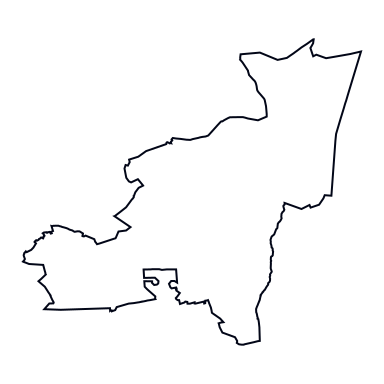 Baltinavas pag., Baltinavas, Latvia
{"feature_id": "27541924B38825642429303", "entity_name": "Baltinavas pag.", "entity_type": "district", "adm_level": 2, "iso_a3": "LVA", "parent_name": "Latvia", "parent_adm1": "Baltinavas", "projection": "orthographic", "projection_center": [27.586, 56.922], "detail": "fine", "context": "isolated", "style": "outline", "palette": "ink", "viewbox_px": 384, "rotation_deg": 0, "n_neighbors": 0, "source": "geoboundaries", "source_scale": "gbopen_adm2", "svg_char_len": 5810}
<svg xmlns="http://www.w3.org/2000/svg" viewBox="0 0 384 384"><path d="M114.5,216.2L130.5,227.1L126.1,230.5L118.5,231.5L115.9,237.6L115.5,238.3L114.1,238.7L99.2,243.6L97.0,244.2L96.0,242.7L95.8,242.4L95.2,241.8L94.3,239.2L85.6,235.6L84.0,236.4L83.7,236.3L83.2,236.3L82.5,236.1L82.4,236.0L82.7,235.6L82.7,234.5L83.0,233.9L83.0,233.5L79.6,231.4L77.3,231.3L76.4,231.5L74.7,231.8L74.4,231.7L73.4,231.2L72.5,230.5L69.5,229.6L67.9,228.7L66.4,228.1L63.6,227.3L62.2,227.0L61.1,226.5L59.4,226.1L58.7,225.8L58.1,225.7L53.2,225.8L52.2,226.2L51.9,226.1L51.5,226.0L53.0,231.0L51.0,231.9L51.7,233.3L50.8,233.6L49.6,231.9L48.9,232.0L47.1,232.8L46.8,232.2L43.9,232.5L42.9,233.2L43.2,233.4L43.8,235.0L44.0,234.9L44.5,235.8L43.2,237.1L43.5,237.6L43.1,238.4L41.5,237.6L41.1,237.5L40.8,237.7L40.2,238.5L39.0,239.0L38.6,239.8L36.9,240.7L36.3,240.2L36.0,240.3L34.6,241.7L34.5,241.9L34.5,242.0L36.0,243.4L33.4,247.6L31.2,249.9L26.6,252.2L26.3,252.1L25.8,251.4L24.2,253.2L24.4,253.6L23.8,254.6L23.7,255.6L24.9,259.0L24.3,260.1L23.0,261.6L24.3,262.2L24.5,262.2L29.1,264.0L43.2,264.9L44.7,270.6L45.3,272.6L45.5,274.0L45.8,274.5L41.2,278.9L38.5,281.2L39.0,281.6L39.1,281.8L44.8,286.7L47.7,291.2L48.1,291.9L50.0,294.6L49.9,294.6L51.5,298.2L52.4,300.1L53.5,302.0L53.7,302.7L53.3,303.4L49.3,303.5L44.3,309.2L60.7,309.8L110.0,308.2L110.1,310.8L110.5,310.5L111.6,310.4L111.8,311.3L115.2,310.1L116.7,307.1L128.7,303.6L133.8,303.1L138.1,302.4L139.0,302.3L141.5,301.7L141.5,301.8L145.5,301.0L147.4,300.5L150.2,300.1L155.4,299.1L155.1,298.6L155.3,296.4L149.0,290.9L146.9,289.0L144.7,286.7L144.3,281.2L152.1,281.3L152.0,282.8L154.2,285.0L156.9,284.6L158.2,283.5L158.5,281.1L154.9,277.7L144.1,277.9L143.6,269.5L150.4,269.4L152.4,269.2L159.2,269.2L161.9,269.9L166.8,269.4L176.1,269.4L177.1,282.6L174.5,281.0L171.2,281.0L169.0,283.8L170.4,287.3L171.6,288.4L176.2,287.5L176.7,288.9L175.9,289.2L176.4,290.6L179.8,293.0L178.4,295.0L177.2,296.6L175.8,298.1L176.3,299.2L177.7,300.1L179.1,300.1L180.0,304.0L184.4,302.5L185.3,301.6L187.3,301.9L187.5,303.7L189.8,303.7L194.6,302.3L194.6,303.5L195.5,303.6L203.8,301.6L204.2,303.5L205.2,303.2L205.3,300.7L207.4,300.4L208.0,300.1L208.9,302.3L208.9,302.6L210.9,307.6L211.6,310.7L211.9,312.7L212.3,313.1L220.2,318.6L223.4,322.2L220.8,322.6L218.7,323.3L218.8,323.5L219.7,327.3L222.4,332.6L234.7,337.1L235.0,337.2L237.2,341.0L236.8,342.9L239.0,344.3L241.9,344.7L243.8,344.7L244.0,344.5L244.1,344.4L253.8,342.2L257.7,341.2L259.8,340.9L259.4,327.3L259.0,323.7L258.8,321.9L258.3,319.1L257.5,318.7L257.7,317.8L257.7,317.6L257.2,316.2L257.2,315.8L256.7,313.4L256.2,312.2L256.2,311.9L256.1,309.0L256.9,306.8L257.8,304.8L258.0,304.1L258.3,303.5L258.8,302.1L258.9,301.9L259.1,301.7L259.2,301.1L259.6,300.4L259.6,300.2L259.8,299.7L260.0,298.5L260.1,298.2L260.4,296.7L260.5,296.5L260.5,296.1L260.7,295.8L260.6,295.7L260.5,295.4L260.5,295.2L261.3,294.2L261.6,293.7L262.1,293.1L262.2,292.9L262.4,292.7L263.0,292.0L262.9,291.9L263.0,291.8L263.3,291.5L263.9,290.7L264.3,290.2L264.8,289.9L266.3,287.2L267.1,286.0L268.1,284.7L268.2,284.3L268.1,283.5L268.2,283.3L268.2,283.1L268.7,282.6L269.3,282.2L270.0,280.8L270.1,278.6L269.7,277.1L269.7,276.8L270.0,276.2L270.2,275.8L270.2,275.6L270.0,274.7L270.1,274.2L271.6,272.0L271.7,271.8L271.7,271.4L270.8,268.8L270.7,268.1L270.9,263.6L270.9,263.1L270.8,262.4L270.8,262.1L270.8,261.9L271.1,261.1L271.2,260.9L271.1,260.7L270.8,259.9L270.8,259.6L270.9,257.7L271.0,257.0L271.1,256.8L271.3,256.5L271.8,256.3L272.3,256.0L272.6,255.5L272.8,255.1L272.8,254.2L273.1,251.6L273.1,251.4L272.7,250.7L272.7,248.9L272.6,248.7L272.4,248.2L271.9,247.7L271.6,247.5L271.6,247.4L271.6,246.8L271.3,245.1L270.9,243.9L270.7,243.4L270.8,241.2L270.5,240.1L270.5,239.9L271.4,237.2L271.6,236.7L271.8,236.4L273.4,235.1L274.2,234.4L276.1,229.4L276.3,229.1L276.9,228.6L277.2,228.3L277.3,228.0L277.4,227.6L277.5,226.4L277.7,225.0L277.8,224.0L277.8,223.8L278.7,222.4L279.9,221.4L280.9,219.9L281.6,218.4L281.6,218.1L281.3,217.0L281.3,216.6L281.4,215.6L281.5,213.9L281.6,213.6L282.1,212.9L282.5,212.1L283.4,211.4L283.6,211.2L284.3,209.8L284.3,209.5L284.1,209.2L283.4,206.5L283.4,206.0L283.4,205.8L283.5,205.6L284.5,204.6L284.7,204.3L284.8,204.0L284.7,203.8L284.5,203.0L284.5,202.9L301.5,209.0L309.5,205.0L310.6,207.6L319.1,204.7L323.4,198.4L324.7,195.2L331.4,195.7L335.4,140.8L336.1,133.9L340.5,119.0L343.7,108.6L345.2,103.4L346.1,100.8L348.4,93.0L361.0,51.5L350.3,54.0L333.8,56.9L326.1,58.2L316.3,54.7L313.2,56.3L312.5,54.3L310.4,48.0L311.5,46.2L313.1,43.3L313.5,40.4L313.7,39.3L313.3,39.3L306.9,43.9L301.5,47.4L296.6,51.1L295.3,52.0L293.6,53.3L290.2,55.6L286.9,57.9L277.6,59.9L259.9,52.6L240.6,54.3L240.2,57.4L240.3,59.7L240.2,59.8L241.6,61.3L242.7,62.7L248.0,70.7L248.0,71.2L249.1,75.1L253.7,80.1L254.2,80.5L254.3,80.5L255.2,81.8L255.7,82.9L256.2,84.5L256.6,86.2L257.0,89.1L257.3,90.4L257.8,91.2L258.5,92.2L263.6,98.1L264.2,98.9L264.5,99.5L264.7,100.0L265.0,101.4L266.0,106.1L266.2,108.2L266.7,114.0L266.7,114.9L266.7,116.6L258.0,120.3L247.9,118.5L244.9,117.6L242.8,117.1L233.5,117.2L229.8,117.3L228.8,117.8L228.6,117.8L224.3,120.1L222.5,121.3L222.3,121.4L221.8,121.3L220.9,121.6L218.0,124.7L208.3,135.5L205.6,136.5L202.4,136.9L199.9,137.4L198.3,137.9L192.7,139.1L190.4,139.9L190.1,139.9L186.4,139.7L180.5,138.9L176.1,138.5L172.8,138.0L171.6,139.4L172.3,140.4L172.2,140.6L171.2,141.4L170.9,141.8L170.9,142.3L171.2,143.2L170.9,143.1L170.3,143.2L169.7,143.4L168.8,142.8L167.5,142.3L167.2,142.2L166.8,142.4L166.5,142.7L166.3,144.0L166.2,144.1L146.1,151.1L138.3,156.7L129.1,159.6L129.7,162.1L127.9,165.6L125.6,165.0L124.5,168.5L125.9,175.8L126.3,177.8L128.9,181.4L131.1,182.4L137.9,179.2L142.9,185.3L143.1,185.6L138.9,187.7L138.6,187.9L135.3,192.3L133.8,196.3L133.7,196.3L133.8,197.0L133.7,197.3L132.6,198.8L132.0,199.3L126.1,207.3L120.4,211.8L114.8,216.1L114.5,216.2Z" fill="none" stroke="#020617" stroke-width="2"/></svg>